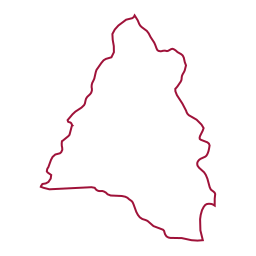 map outline of Bihor (orthographic projection)
{"feature_id": "ROU-277", "entity_name": "Bihor", "entity_type": "County", "adm_level": 1, "iso_a3": "ROU", "parent_name": "Romania", "parent_adm1": "", "projection": "orthographic", "projection_center": [22.195, 46.981], "detail": "fine", "context": "isolated", "style": "outline", "palette": "rose", "viewbox_px": 256, "rotation_deg": 0, "n_neighbors": 0, "source": "natural_earth", "source_scale": "10m", "svg_char_len": 2461}
<svg xmlns="http://www.w3.org/2000/svg" viewBox="0 0 256 256"><path d="M40.8,186.8L41.0,186.1L42.4,184.0L45.8,183.4L48.4,182.0L50.7,178.6L51.2,175.0L47.8,172.6L47.4,172.2L47.1,171.8L46.8,171.3L47.0,170.2L47.2,169.1L47.7,168.1L48.3,167.3L51.0,159.9L52.6,156.9L55.3,154.5L59.9,153.3L61.2,152.2L62.3,149.8L62.2,147.8L61.8,145.9L61.7,143.6L61.9,141.5L62.1,141.0L62.6,140.8L68.4,136.1L69.5,134.8L71.9,125.7L72.4,125.5L72.3,125.4L71.2,123.2L70.4,122.5L69.2,122.2L68.1,121.7L67.8,120.7L67.6,120.1L72.5,114.3L75.4,111.6L81.5,107.6L84.1,105.1L84.9,103.5L85.6,100.2L86.1,98.6L87.3,96.8L90.1,94.2L91.2,92.7L91.9,90.5L91.9,88.8L91.6,87.1L91.7,85.0L92.2,83.0L93.6,80.2L94.3,78.6L95.8,72.0L96.5,69.9L101.4,62.9L103.6,60.3L105.9,58.9L111.4,57.3L113.9,52.2L113.8,46.1L112.7,39.7L112.4,34.0L114.8,29.5L118.4,25.5L126.1,19.7L132.2,18.2L132.9,17.7L133.9,16.9L134.5,15.6L134.6,15.4L135.2,16.3L137.7,20.3L139.2,23.9L140.2,25.6L141.7,27.1L146.8,30.9L148.7,33.4L150.6,37.1L154.2,42.6L155.2,44.8L156.6,48.6L157.4,50.1L158.5,50.9L160.6,51.3L161.9,51.1L162.9,50.8L164.0,50.7L165.2,50.7L167.0,51.1L168.2,50.8L171.2,49.1L172.4,48.8L173.7,49.2L175.5,50.3L177.5,52.1L181.2,54.2L182.7,55.5L183.8,57.7L184.8,62.2L186.0,65.4L184.7,70.5L184.0,72.0L182.6,74.4L182.0,75.8L181.7,77.4L181.6,79.0L181.3,80.4L180.6,81.8L177.4,86.5L176.3,87.8L175.3,88.8L175.4,91.3L176.9,95.1L182.4,103.6L186.1,110.7L186.6,112.2L187.4,113.7L188.8,115.2L196.6,119.7L201.5,124.6L203.6,128.1L202.7,130.7L200.0,136.1L199.6,137.8L199.8,139.0L200.9,139.8L207.3,142.3L208.9,143.6L209.6,145.5L209.0,148.9L208.5,151.1L207.8,153.1L207.1,154.6L206.3,155.8L205.2,156.7L200.6,158.8L199.2,159.8L198.1,161.1L197.4,162.4L197.2,163.9L197.5,165.6L199.0,167.7L204.1,172.3L205.8,174.9L207.4,178.7L209.7,187.2L210.8,189.5L212.0,190.5L213.4,191.5L214.6,192.6L215.2,194.1L214.7,198.7L214.7,205.6L212.7,204.4L211.5,204.0L209.9,203.8L208.4,203.8L206.7,204.1L205.2,205.0L203.7,206.9L202.0,210.2L200.7,214.9L200.1,219.2L200.4,230.4L202.8,240.2L197.5,240.6L191.5,240.2L181.8,238.1L170.3,237.9L168.4,237.5L166.5,236.4L165.1,234.3L164.5,232.5L164.1,230.9L163.0,229.7L153.5,226.1L147.5,220.9L145.5,220.0L142.3,219.0L139.8,217.3L137.9,214.9L136.3,211.9L133.6,204.5L132.7,202.4L131.7,201.1L128.9,199.1L127.5,197.8L125.2,196.7L121.8,196.0L110.7,195.5L107.6,194.3L105.9,192.6L103.9,191.5L102.3,191.0L99.9,191.1L98.3,190.9L96.5,190.0L95.5,188.9L94.7,187.8L91.4,187.2L49.4,189.3L43.5,187.8L40.8,186.8Z" fill="none" stroke="#9f1239" stroke-width="2"/></svg>